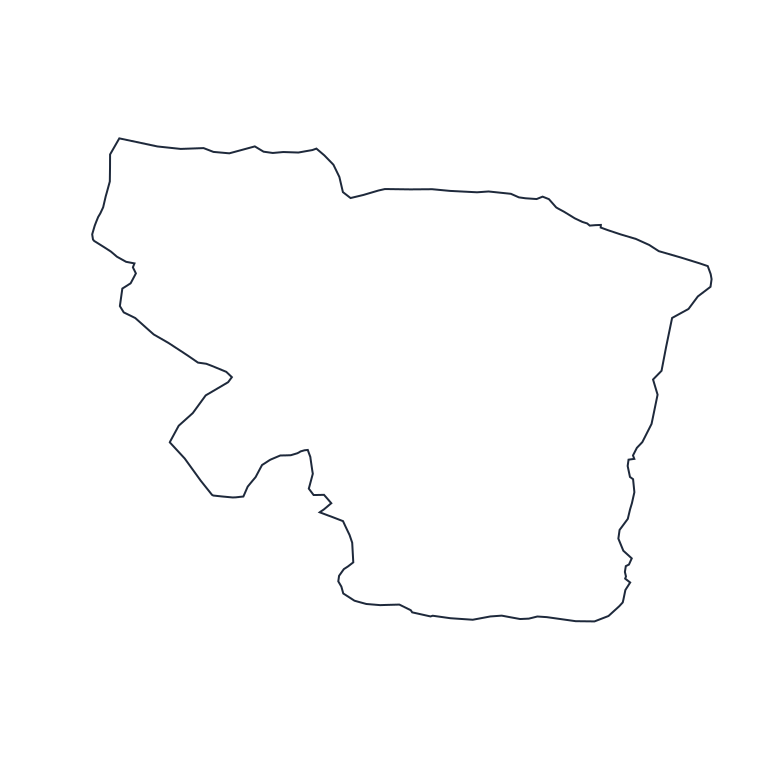 Munya, Niger, Nigeria (Natural Earth projection), rotated 98°
{"feature_id": "59680162B69298252864907", "entity_name": "Munya", "entity_type": "district", "adm_level": 2, "iso_a3": "NGA", "parent_name": "Nigeria", "parent_adm1": "Niger", "projection": "natural_earth1", "projection_center": [7.078, 9.799], "detail": "fine", "context": "isolated", "style": "outline", "palette": "slate", "viewbox_px": 768, "rotation_deg": 98, "n_neighbors": 0, "source": "geoboundaries", "source_scale": "gbopen_adm2", "svg_char_len": 3134}
<svg xmlns="http://www.w3.org/2000/svg" viewBox="0 0 768 768"><g transform="rotate(98 384 384)"><path d="M567.1,117.2L563.9,116.9L554.4,116.3L546.3,112.6L543.2,118.1L540.9,117.6L536.6,119.3L530.7,119.2L528.7,116.3L522.2,114.4L515.8,123.8L504.5,130.4L495.7,130.4L491.7,128.2L483.6,123.8L474.0,122.9L467.5,121.9L456.3,121.0L443.6,124.1L441.8,127.5L431.3,131.3L424.9,131.3L423.3,125.7L420.1,127.5L412.0,124.7L405.6,120.1L386.3,113.5L380.3,113.1L356.5,111.6L342.1,118.2L332.3,111.0L308.3,109.8L278.5,107.9L267.3,92.9L253.6,85.4L242.3,74.2L234.6,74.2L229.7,75.8L222.2,79.8L220.6,88.2L217.4,107.9L214.2,130.4L209.4,140.7L205.3,154.7L202.9,170.6L200.5,183.7L198.9,191.2L196.3,191.4L197.3,196.9L198.5,202.3L196.7,205.2L195.9,210.1L193.4,218.1L188.4,229.6L186.1,235.8L185.2,238.0L184.8,238.5L178.0,246.4L176.4,253.0L179.6,258.6L180.4,269.8L180.4,276.4L178.0,284.8L178.8,307.3L181.2,318.5L183.6,345.6L184.4,363.4L187.6,384.9L190.8,410.2L193.2,416.5L199.7,430.8L204.5,443.0L199.7,451.4L185.2,457.0L173.9,464.6L165.9,474.9L160.3,483.7L162.3,487.5L164.4,494.0L166.7,501.0L168.3,516.0L170.7,526.3L170.7,535.6L166.7,545.0L177.1,569.3L177.9,585.2L175.5,595.5L179.5,618.0L180.3,641.4L177.6,680.3L191.3,685.8L194.8,687.2L198.5,686.7L208.1,685.4L221.6,683.7L233.3,685.2L236.9,685.7L248.1,686.7L254.6,688.7L258.4,690.3L263.6,691.6L267.5,692.5L273.6,693.4L276.4,693.8L281.4,692.3L282.7,690.9L283.7,688.6L287.6,679.9L290.9,672.8L295.1,666.2L298.9,656.4L299.3,647.9L303.4,648.9L305.5,647.5L305.7,647.3L306.2,647.0L309.0,645.1L312.1,646.2L316.5,647.8L319.5,648.9L322.7,652.6L325.9,656.4L329.7,656.4L340.2,656.4L343.6,656.4L349.3,651.7L349.6,650.8L351.7,644.3L352.6,641.6L353.3,639.5L354.9,637.1L361.5,627.2L364.3,623.0L367.0,618.9L373.4,603.0L383.1,582.4L388.7,571.2L388.7,562.8L390.0,557.1L393.9,541.9L398.4,535.6L403.9,538.6L420.1,559.0L439.4,569.3L453.9,581.5L470.8,587.8L471.6,588.0L485.5,571.0L505.4,551.9L517.7,538.9L518.2,537.5L517.9,528.4L517.5,519.8L517.4,517.8L517.1,516.5L517.0,515.7L516.8,514.7L516.5,513.7L516.3,512.7L516.0,511.7L515.0,507.6L511.1,506.5L504.6,504.7L498.7,501.1L494.1,498.2L485.0,494.9L481.2,493.5L479.0,490.9L475.5,486.9L474.8,486.0L474.1,484.9L471.1,479.9L469.2,476.7L468.5,472.2L467.5,466.4L464.6,460.1L463.3,458.3L462.4,457.3L460.7,453.5L459.9,450.3L462.8,448.8L466.3,446.9L466.7,446.7L467.3,446.6L479.3,443.1L482.8,442.0L494.2,443.4L498.1,443.9L503.7,438.3L503.0,433.4L502.1,428.0L504.5,425.2L507.3,422.0L509.4,419.6L511.7,421.7L516.6,426.1L519.5,429.3L520.0,429.8L521.7,422.2L521.9,421.4L522.6,418.0L525.5,405.5L529.7,402.8L535.3,399.1L538.3,397.1L545.6,393.4L564.9,389.6L569.7,394.3L572.9,398.0L580.2,401.8L585.8,401.8L590.6,398.0L597.1,395.2L602.7,383.1L603.2,379.5L604.3,370.9L603.5,356.9L602.5,351.2L600.3,338.1L604.3,326.0L606.2,324.3L607.7,305.6L606.7,303.5L606.7,301.3L606.7,294.3L606.7,292.7L606.7,285.7L605.1,263.3L600.7,250.2L599.4,246.4L598.7,243.1L597.0,235.2L597.1,232.9L597.4,226.3L597.8,216.5L596.2,208.0L594.9,204.7L592.9,199.8L592.2,190.3L592.2,179.0L592.2,173.0L592.2,161.2L589.8,142.5L585.4,134.6L582.5,129.4L577.2,125.0L571.3,120.1L567.1,117.2Z" fill="none" stroke="#1e293b" stroke-width="2"/></g></svg>